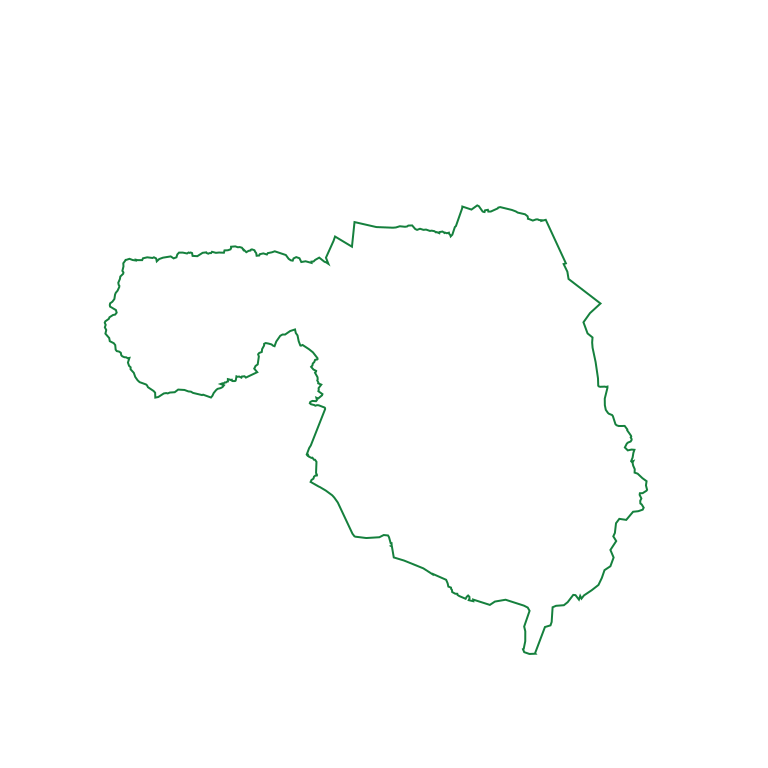 Musi Rawas, Sumatera Selatan, Indonesia (Mercator projection), rotated 19°
{"feature_id": "22746128B56500782521831", "entity_name": "Musi Rawas", "entity_type": "district", "adm_level": 2, "iso_a3": "IDN", "parent_name": "Indonesia", "parent_adm1": "Sumatera Selatan", "projection": "mercator", "projection_center": [103.025, -3.175], "detail": "fine", "context": "isolated", "style": "outline", "palette": "green", "viewbox_px": 768, "rotation_deg": 19, "n_neighbors": 0, "source": "geoboundaries", "source_scale": "gbopen_adm2", "svg_char_len": 6154}
<svg xmlns="http://www.w3.org/2000/svg" viewBox="0 0 768 768"><g transform="rotate(19 384 384)"><path d="M444.4,535.1L449.7,544.8L460.4,544.4L481.2,545.5L492.2,548.2L492.1,547.7L506.5,548.9L509.1,551.8L510.8,554.6L513.6,554.7L514.3,556.0L515.3,556.6L516.2,558.5L519.6,559.1L521.6,558.5L522.2,559.5L524.2,560.0L531.1,560.5L531.5,558.2L532.4,556.6L534.0,557.4L534.7,558.9L534.5,560.8L539.2,560.3L538.5,558.8L556.0,558.4L559.7,553.6L569.2,548.4L588.4,548.0L592.7,548.6L595.5,551.1L595.5,567.7L598.1,571.8L601.3,581.2L602.3,588.8L601.7,589.5L603.9,591.9L609.4,591.9L615.0,589.7L614.5,589.4L615.3,561.4L620.0,558.0L620.0,554.4L616.1,540.2L618.9,537.7L626.1,534.6L628.7,530.5L631.6,521.8L633.8,521.3L638.5,524.4L638.5,520.5L640.6,522.6L641.9,518.8L647.5,511.4L652.2,504.2L653.1,496.4L653.1,488.2L657.4,482.6L657.6,473.3L652.1,467.2L654.7,456.9L650.4,453.4L650.8,449.6L648.7,440.1L650.4,434.9L657.3,433.6L661.1,423.7L665.8,421.5L669.5,418.6L669.8,416.4L666.9,414.0L665.3,413.5L664.3,411.0L664.6,408.4L661.8,405.6L661.5,404.0L664.1,403.0L666.9,399.5L667.2,398.4L664.7,394.6L663.9,390.4L659.0,388.9L653.0,386.2L649.8,386.2L648.8,382.9L646.2,380.1L644.6,377.5L644.8,375.8L643.5,376.9L642.8,376.5L643.0,372.6L642.2,367.8L642.2,364.7L639.4,365.4L636.1,367.4L632.4,365.6L633.0,361.3L633.8,359.9L635.9,358.1L636.3,356.5L636.1,355.5L634.6,354.1L634.9,353.3L634.4,352.5L629.0,348.6L628.9,347.8L625.2,345.3L619.7,347.3L617.3,347.3L615.9,346.6L610.9,339.9L609.8,339.1L606.3,338.9L605.1,338.4L602.1,336.2L599.7,332.1L597.5,326.0L596.5,314.8L596.2,314.0L596.1,313.7L594.9,314.5L593.6,314.6L589.2,316.3L587.7,316.3L587.1,315.8L584.5,309.0L576.9,294.3L569.4,281.8L567.3,277.0L566.0,272.1L560.0,269.9L552.5,260.7L555.7,249.9L562.5,237.4L524.3,224.6L520.8,218.1L514.8,212.1L516.7,210.7L483.5,176.1L479.9,178.4L479.9,177.8L477.2,178.5L475.8,178.3L474.3,178.8L471.5,181.0L466.5,180.8L466.4,181.8L466.3,180.6L465.2,178.7L462.1,177.6L454.6,178.4L452.4,177.9L448.3,177.8L436.3,178.9L434.6,180.0L434.3,181.0L428.9,186.1L426.5,187.0L425.5,185.5L423.0,186.9L423.1,189.6L423.0,188.8L421.1,188.8L415.8,185.0L414.0,184.8L409.9,190.6L400.3,190.7L400.7,192.4L400.6,211.2L399.9,212.6L400.0,220.6L399.0,222.7L398.2,221.6L396.6,220.7L396.1,219.8L394.3,221.0L392.2,221.0L392.0,221.5L389.7,220.8L387.0,222.3L387.2,223.4L384.3,223.2L383.8,223.7L381.9,223.1L379.1,223.5L377.6,224.3L373.5,224.3L371.1,225.4L367.5,225.5L365.1,227.5L363.1,227.3L359.0,224.9L355.4,226.3L354.6,227.5L352.7,228.5L347.6,229.7L344.3,232.1L341.6,233.3L325.7,238.1L303.4,240.5L309.0,264.6L289.7,260.5L289.7,265.1L288.0,283.5L292.3,288.5L289.7,287.8L287.9,287.8L281.6,285.6L278.5,289.1L277.5,291.1L275.6,291.9L276.1,293.1L269.9,293.5L266.1,295.6L263.1,292.6L259.7,292.6L257.6,294.7L257.5,297.1L255.6,297.4L253.1,296.7L249.2,294.0L237.5,294.1L235.1,296.0L231.5,298.1L231.1,299.7L227.4,299.8L224.3,301.7L224.2,303.1L221.8,304.2L220.5,301.8L219.4,301.1L219.9,300.6L219.3,301.0L217.9,299.7L215.3,299.7L214.3,300.5L214.3,301.3L212.6,302.2L210.9,304.2L207.1,302.4L207.1,302.8L205.3,301.4L203.0,301.5L201.3,302.3L198.6,302.3L194.7,304.0L195.2,305.4L195.0,306.7L192.8,308.4L189.7,309.6L189.9,312.0L185.2,313.4L182.4,314.7L178.3,315.0L177.9,316.5L176.3,317.1L175.4,318.0L173.6,317.9L173.1,317.4L169.8,319.0L165.9,323.9L161.3,325.2L159.9,322.7L158.4,322.6L157.6,323.3L156.4,323.3L155.3,324.7L150.8,325.3L147.4,326.5L146.4,328.8L146.5,331.8L144.2,333.7L140.8,332.8L133.9,336.5L130.8,339.0L129.2,342.0L127.7,339.5L125.2,339.1L124.1,340.2L118.9,341.3L115.2,343.6L115.0,345.6L110.7,347.1L108.8,347.3L109.2,348.0L106.0,348.6L102.6,348.5L99.4,350.9L98.4,350.9L99.3,351.2L98.2,354.7L99.4,357.7L99.8,362.2L101.3,363.3L101.5,364.7L99.7,368.2L100.1,370.7L99.8,374.8L100.9,376.7L101.8,377.3L102.1,378.5L101.7,382.5L100.7,385.1L100.6,387.0L101.4,391.4L100.4,394.6L98.8,396.9L99.0,398.6L99.8,400.0L106.5,401.4L108.0,403.6L107.2,405.9L105.3,407.0L102.7,410.3L102.6,412.0L100.1,415.5L100.0,417.0L101.6,418.7L101.6,421.3L103.8,423.4L104.2,427.1L109.2,430.0L110.8,432.8L115.2,433.4L117.2,434.7L119.1,438.9L120.6,439.9L122.9,439.6L124.9,440.1L126.3,442.4L127.5,443.0L129.8,443.2L131.7,442.7L133.2,443.1L134.8,442.2L134.9,447.1L137.0,449.8L139.0,450.7L139.6,452.6L143.8,454.9L146.5,458.3L149.8,460.7L152.3,461.8L159.1,461.9L160.3,462.4L161.9,463.9L168.4,465.6L170.4,466.7L172.2,471.3L174.8,469.8L178.9,464.6L181.0,463.5L182.6,463.3L184.3,461.8L188.8,459.9L191.2,456.3L197.3,454.6L201.5,454.7L203.9,454.1L206.3,454.6L215.6,453.7L216.4,453.0L224.8,453.1L225.6,451.0L225.9,448.0L227.2,444.5L228.2,442.8L230.8,441.1L232.3,439.5L233.1,437.3L229.5,437.2L231.1,435.9L232.0,435.8L233.0,434.3L234.0,434.1L234.8,432.9L235.6,432.4L234.8,430.2L236.9,430.0L237.4,430.3L238.7,429.5L239.4,430.5L240.0,430.5L241.9,429.8L242.5,429.4L242.6,428.4L242.0,424.8L243.0,424.9L244.7,424.1L247.1,424.4L247.2,423.2L249.6,422.1L251.3,422.9L260.3,414.1L256.3,411.7L256.7,408.7L258.2,406.6L256.7,398.7L255.3,396.9L255.9,395.3L258.0,393.5L257.4,390.7L258.1,386.7L257.6,385.0L258.8,383.8L261.4,383.4L264.8,383.2L266.7,383.9L268.2,383.9L268.3,378.9L270.2,372.2L271.9,370.3L274.4,369.4L278.0,364.5L282.1,361.4L284.0,364.5L286.4,366.2L289.4,371.3L292.3,374.8L293.0,374.8L294.3,373.6L301.7,375.5L306.5,377.2L313.1,381.5L313.3,381.2L312.9,382.5L311.0,383.6L310.9,386.0L310.0,387.8L310.3,389.8L309.5,391.5L312.6,393.3L315.6,393.7L315.7,394.4L315.1,395.8L318.9,399.2L319.8,401.2L319.7,402.3L321.5,404.0L321.6,404.8L324.9,405.0L323.5,409.2L324.2,410.8L324.3,412.2L329.1,413.6L329.1,414.8L326.5,419.1L324.5,419.0L325.8,421.0L325.3,422.4L321.8,423.3L320.2,424.9L320.1,426.3L321.5,426.9L325.0,426.6L326.1,426.9L327.6,425.8L329.2,425.4L335.5,425.6L336.1,426.0L336.5,426.9L334.8,465.9L334.1,468.9L333.9,475.9L335.0,476.6L335.4,475.9L336.5,477.1L339.5,477.5L340.3,477.0L342.4,478.4L343.5,478.1L345.5,479.6L348.7,490.2L350.3,491.9L350.3,492.4L349.0,492.8L348.0,494.4L348.1,496.5L346.7,498.3L346.5,500.5L355.6,502.2L356.0,501.8L355.8,502.1L363.6,503.7L371.3,506.1L374.0,507.6L378.9,511.1L402.9,535.8L405.6,537.6L406.6,537.7L417.4,535.4L429.5,530.4L432.9,526.9L437.1,525.9L438.6,527.2L442.1,532.3L442.9,532.0L444.0,534.5L443.5,534.9L444.4,535.1Z" fill="none" stroke="#15803d" stroke-width="2"/></g></svg>